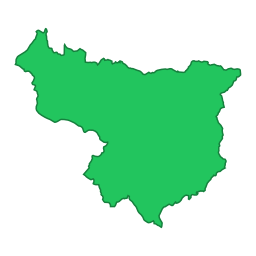 Muong La, Son La, Vietnam
{"feature_id": "81297802B85331365285334", "entity_name": "Muong La", "entity_type": "district", "adm_level": 2, "iso_a3": "VNM", "parent_name": "Vietnam", "parent_adm1": "Son La", "projection": "natural_earth1", "projection_center": [104.061, 21.526], "detail": "fine", "context": "isolated", "style": "filled", "palette": "green", "viewbox_px": 256, "rotation_deg": 0, "n_neighbors": 0, "source": "geoboundaries", "source_scale": "gbopen_adm2", "svg_char_len": 5706}
<svg xmlns="http://www.w3.org/2000/svg" viewBox="0 0 256 256"><path d="M225.0,168.0L224.7,167.8L224.5,167.3L225.2,164.9L225.2,163.4L226.0,161.7L225.9,160.6L225.1,159.3L223.3,159.0L222.8,158.7L222.0,157.8L220.3,156.6L219.9,155.6L219.2,154.6L218.4,152.7L218.5,151.8L218.9,150.7L218.8,149.8L218.8,146.9L219.7,145.9L219.6,145.1L219.1,144.0L219.2,143.6L219.9,142.1L222.4,138.6L222.3,136.2L223.0,135.3L223.1,135.0L222.5,132.9L222.2,130.4L222.6,128.4L220.9,125.4L218.4,122.7L217.6,120.3L217.1,119.4L217.0,117.9L216.1,116.7L216.1,116.4L217.6,114.9L218.2,113.7L218.3,112.7L219.0,112.2L219.7,110.9L220.2,109.3L220.8,108.5L221.9,107.8L224.2,107.2L223.3,103.9L223.4,102.6L222.5,100.3L222.4,99.0L221.6,95.9L220.3,94.7L220.3,94.1L221.3,93.0L224.5,92.1L226.6,90.3L227.3,90.3L228.7,87.8L230.5,86.8L232.3,85.0L233.7,81.4L234.2,80.9L234.9,80.8L235.7,80.3L236.1,79.7L236.9,76.9L238.2,76.9L238.8,76.6L240.5,75.1L240.6,74.2L240.2,70.1L239.6,69.4L238.2,69.0L237.1,68.9L234.5,69.4L232.4,69.0L231.8,68.4L230.9,68.3L228.2,68.9L226.4,70.0L225.7,70.1L224.7,69.8L223.8,69.8L221.4,66.6L220.5,65.9L219.4,66.1L217.9,65.7L217.1,65.7L214.3,64.3L211.6,64.8L210.6,65.2L209.9,65.1L208.4,64.4L207.9,63.9L207.8,63.6L208.1,62.9L208.1,62.4L207.4,61.7L203.9,61.3L202.5,62.0L201.6,62.1L200.0,61.6L198.7,60.9L197.5,61.4L196.7,61.4L195.0,61.3L194.1,60.8L192.7,61.0L191.5,62.0L190.8,64.3L190.0,65.6L188.4,67.1L188.4,67.9L188.0,68.6L187.4,69.1L186.5,70.3L185.8,70.7L185.1,71.9L183.9,72.4L183.2,72.4L178.6,72.0L177.8,71.2L177.2,72.0L176.7,71.8L172.7,69.6L171.8,68.9L170.0,68.7L167.1,69.4L165.4,69.0L161.6,69.4L157.5,70.3L156.3,70.8L154.4,72.5L153.7,72.8L152.4,72.5L151.1,73.4L149.6,72.9L148.9,72.3L145.1,74.6L143.2,74.3L141.8,72.7L140.5,71.5L139.3,70.9L137.5,70.4L132.8,68.6L131.6,68.6L130.3,68.1L129.4,68.2L128.4,67.8L127.1,66.6L126.8,65.9L124.9,64.2L123.1,63.4L122.2,61.8L120.2,61.0L119.8,61.0L119.6,61.5L119.9,62.3L119.9,62.5L118.7,61.9L118.0,62.7L116.9,62.8L115.5,61.9L114.7,63.1L113.3,63.4L112.6,63.9L112.1,63.6L111.9,62.6L111.9,61.2L111.7,61.0L111.0,60.9L109.8,60.1L109.0,60.2L107.9,59.5L107.0,60.0L104.8,60.3L104.7,59.5L104.4,59.3L104.3,58.9L103.6,58.4L101.3,59.9L98.6,64.0L97.6,64.9L96.8,63.1L94.9,62.2L93.2,62.2L91.8,62.6L90.3,62.3L88.1,62.5L85.4,62.2L85.0,58.4L85.6,55.0L85.7,52.6L82.7,50.1L80.8,49.3L80.0,48.7L77.3,50.9L73.5,51.4L71.7,49.7L70.8,49.2L67.4,48.2L65.7,46.5L64.7,44.6L64.4,45.3L64.3,52.5L64.1,54.5L63.6,55.0L61.5,55.4L61.0,55.3L60.0,54.2L58.1,54.0L56.9,52.4L56.2,52.3L54.7,52.7L53.9,52.7L53.3,52.1L52.1,49.9L52.0,48.9L51.8,48.5L51.0,48.2L49.7,48.3L48.9,47.8L48.0,46.1L47.5,42.9L47.5,41.6L47.4,40.9L46.7,39.9L46.5,36.0L46.1,35.4L46.1,33.0L47.1,31.8L47.0,31.0L46.4,29.2L46.0,28.8L45.7,28.7L45.2,29.4L44.6,31.5L44.1,32.3L43.5,32.8L42.7,32.7L39.0,30.5L38.2,30.3L37.2,30.7L36.2,31.7L37.0,32.9L37.2,33.8L35.9,37.2L35.4,39.0L34.4,39.8L31.7,43.5L30.4,44.8L27.4,49.9L24.9,52.0L18.6,55.9L17.5,56.8L16.2,59.3L16.0,61.5L16.1,62.9L15.4,64.5L19.3,65.8L22.9,68.9L23.3,69.1L24.0,69.2L24.2,70.6L24.5,71.1L25.6,71.6L27.1,71.2L28.2,71.2L28.9,71.3L29.9,71.8L30.5,72.8L31.5,73.3L32.5,75.2L33.7,76.1L34.3,76.8L34.4,78.3L33.2,81.2L32.0,82.9L32.2,83.7L32.8,84.5L34.4,84.9L35.2,85.4L35.4,85.7L35.5,86.0L35.1,87.3L34.1,89.5L34.1,89.8L36.5,90.9L37.1,91.7L37.3,93.1L38.0,95.1L38.0,96.4L36.9,98.2L36.6,99.3L37.0,100.5L37.4,103.6L36.3,106.5L36.2,108.6L36.4,109.6L36.7,110.5L38.8,113.2L41.7,115.3L45.1,117.3L47.6,118.5L50.1,119.5L54.6,122.2L55.8,122.1L57.5,121.4L60.3,119.7L61.3,119.4L64.3,119.5L68.1,120.1L70.0,120.8L74.5,122.9L78.6,125.9L80.3,126.2L81.6,126.9L82.6,128.1L83.8,131.5L84.4,132.2L85.2,132.3L88.1,130.4L89.2,130.1L92.9,130.2L95.2,131.2L97.0,132.6L98.9,136.0L99.6,136.7L99.8,138.7L100.2,139.6L103.9,142.2L106.0,142.5L107.6,142.2L107.6,143.4L106.9,144.7L105.8,145.9L103.8,146.9L103.5,148.1L104.1,151.0L103.9,151.7L103.0,152.7L101.7,153.0L101.3,154.4L100.2,155.5L98.9,156.4L97.5,156.6L94.8,156.2L93.2,155.5L92.6,155.6L92.2,156.0L92.1,156.8L92.4,158.7L92.0,159.3L91.3,161.1L89.4,163.7L89.3,164.0L89.5,165.1L88.6,166.1L88.6,166.6L89.3,167.7L89.2,167.9L83.6,174.4L85.3,175.6L86.4,176.8L87.9,177.9L90.7,179.6L91.8,179.5L92.7,179.0L93.3,178.9L93.8,179.6L94.0,180.9L93.8,182.3L93.2,183.3L93.4,183.9L95.3,184.6L98.7,184.7L99.4,187.5L100.6,190.1L100.5,191.7L101.3,193.2L101.1,194.6L101.7,195.3L102.5,195.8L103.2,197.8L102.6,199.4L103.8,201.4L104.8,202.3L107.3,202.4L109.0,202.7L109.5,203.2L110.4,204.7L110.5,206.6L114.5,206.6L115.5,205.2L116.6,202.2L117.8,202.0L119.1,201.5L122.0,198.9L123.8,198.3L124.3,198.7L124.6,198.5L127.0,198.2L128.0,195.6L129.3,196.4L129.3,197.1L129.1,198.0L129.9,199.8L132.2,201.6L134.4,204.9L135.4,205.9L136.4,207.3L138.0,211.2L139.0,212.7L141.4,215.0L143.0,217.3L143.7,219.2L144.4,220.3L147.6,222.4L148.6,222.7L150.3,222.4L153.4,220.9L154.0,221.9L154.1,223.6L155.6,223.8L158.0,225.4L159.1,225.7L161.3,227.3L161.5,227.1L161.8,226.1L162.1,223.2L162.0,222.6L160.8,220.7L159.4,218.0L159.0,215.8L162.3,208.8L163.7,207.1L165.2,206.7L169.1,204.2L171.8,205.5L172.8,205.4L175.4,202.1L175.6,202.0L176.1,203.2L177.7,202.9L179.6,201.8L181.1,200.2L182.2,198.0L184.6,195.8L186.3,195.1L186.6,195.3L188.5,195.6L188.7,195.8L188.5,199.0L189.1,199.4L189.3,199.1L190.0,198.7L190.3,197.9L190.8,197.7L191.0,197.2L190.9,196.4L191.1,195.6L191.9,194.7L192.8,194.6L194.3,195.0L196.4,195.0L197.0,194.7L197.7,193.9L197.8,193.5L197.6,193.4L196.5,193.2L196.5,192.4L196.9,192.0L198.3,191.9L199.1,191.3L199.8,191.4L200.6,190.9L202.0,191.2L202.8,191.0L203.7,191.5L204.2,190.9L204.7,190.7L205.1,190.3L205.1,188.3L205.6,187.7L207.3,183.2L209.1,181.0L210.7,179.5L211.3,177.9L213.2,176.1L213.8,175.2L214.8,175.7L215.6,175.6L216.1,175.0L216.4,173.2L217.1,172.4L218.1,171.7L220.1,171.4L222.2,169.6L225.0,168.0Z" fill="#22c55e" stroke="#15803d" stroke-width="1.5"/></svg>